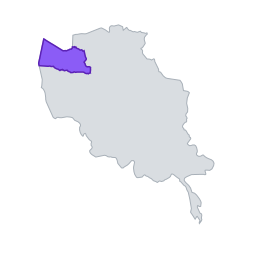 Afghanistan, with Nimroz highlighted, rotated 83°
{"feature_id": "AFG-1751", "entity_name": "Nimroz", "entity_type": "Province", "adm_level": 1, "iso_a3": "AFG", "parent_name": "Afghanistan", "parent_adm1": "", "projection": "natural_earth1", "projection_center": [62.416, 30.83], "detail": "fine", "context": "in_parent", "style": "filled", "palette": "violet", "viewbox_px": 256, "rotation_deg": 83, "n_neighbors": 0, "source": "natural_earth", "source_scale": "10m", "svg_char_len": 5985}
<svg xmlns="http://www.w3.org/2000/svg" viewBox="0 0 256 256"><g transform="rotate(83 128 128)"><path d="M110.7,66.8L115.8,66.3L119.3,66.9L121.1,68.7L122.9,69.2L124.6,68.3L125.7,68.2L126.1,68.7L127.0,68.9L128.3,68.9L129.1,69.3L129.3,70.4L130.3,71.8L132.1,73.4L133.7,73.8L135.8,72.5L136.5,72.7L136.8,72.3L137.0,71.3L138.2,70.5L140.5,69.6L141.8,68.9L142.2,68.3L143.0,68.1L143.9,68.3L144.5,68.1L144.9,67.3L145.7,67.0L146.4,67.1L149.6,70.1L150.8,71.0L151.4,70.8L153.0,69.2L153.1,67.7L152.7,65.8L152.9,64.2L153.9,63.0L155.8,62.3L158.6,62.0L160.3,62.2L161.0,62.8L161.9,63.2L162.9,63.2L163.9,62.5L164.8,61.1L164.8,59.3L163.9,57.1L164.1,56.4L165.5,55.4L167.0,53.7L168.3,51.7L169.7,49.1L171.3,47.6L173.4,46.9L175.8,47.6L178.8,49.6L180.0,52.0L179.4,54.9L179.3,56.5L179.9,56.8L183.2,56.3L183.7,56.7L183.7,57.5L183.2,58.7L182.8,62.2L182.0,70.6L183.5,75.7L184.5,77.7L185.5,78.3L186.5,78.6L187.5,78.4L189.5,77.1L192.4,74.7L195.3,73.2L199.6,72.4L200.9,69.8L202.9,68.1L207.3,65.6L209.7,64.7L211.1,64.5L214.6,65.4L214.8,66.2L214.6,67.0L213.7,67.7L213.4,68.2L213.8,68.6L215.2,68.8L221.1,67.0L222.3,65.5L223.6,65.4L226.2,66.1L228.1,65.9L229.1,66.5L231.5,68.8L230.8,68.9L229.7,68.5L229.1,67.7L226.8,68.7L224.1,70.1L224.2,70.5L226.7,72.5L221.8,74.8L219.6,76.0L219.0,76.1L215.7,74.9L206.3,75.3L199.2,76.0L196.5,77.1L193.9,77.6L192.6,78.3L191.7,79.5L187.9,82.1L187.2,83.1L185.0,83.0L182.8,85.5L179.6,88.6L178.9,90.0L179.5,90.8L181.3,91.9L182.1,92.9L183.4,95.9L184.0,98.0L184.8,98.9L185.2,101.3L184.5,102.8L184.5,103.5L185.6,105.4L185.4,105.9L184.6,106.8L183.4,109.2L181.1,111.0L180.1,112.6L178.5,114.3L177.9,115.8L177.2,116.6L176.5,117.0L176.7,117.8L177.4,118.8L178.4,119.9L178.5,124.4L177.9,125.6L175.0,126.9L172.2,127.4L168.7,127.4L167.4,127.2L162.6,125.6L161.1,126.4L160.8,128.4L163.6,131.5L164.8,133.3L166.1,136.3L167.1,137.8L166.8,139.3L161.9,142.4L158.7,142.7L156.7,143.3L155.8,144.1L155.2,147.4L154.5,148.6L154.5,150.1L153.9,151.8L152.9,152.8L152.2,154.6L152.9,163.5L150.1,167.0L148.5,168.3L147.0,168.9L145.7,168.7L144.1,166.6L143.0,165.9L141.9,166.0L140.7,166.7L138.9,166.5L137.4,165.8L136.6,165.9L136.2,166.6L134.5,168.1L130.5,170.4L128.9,170.6L128.1,171.2L128.4,172.1L129.2,172.9L130.5,173.4L130.5,174.1L128.5,175.3L126.4,176.0L124.0,176.3L121.4,175.9L120.1,174.9L118.6,174.8L117.2,175.5L115.8,176.8L113.9,179.9L111.0,181.8L110.2,183.8L109.4,187.3L109.7,192.4L109.4,194.7L108.8,196.2L108.9,197.4L109.9,198.7L109.5,199.6L108.7,200.6L107.9,201.1L92.0,206.0L89.4,206.2L88.1,206.0L83.6,206.0L81.7,206.3L79.8,207.0L78.4,207.8L77.3,209.1L75.5,208.4L69.5,207.2L53.4,208.8L51.9,208.5L29.4,200.7L43.3,183.3L43.6,181.8L43.7,178.9L42.8,175.1L41.5,173.4L29.2,171.4L28.7,168.4L28.9,167.1L28.7,164.5L28.7,162.6L29.3,159.3L29.3,157.9L25.5,143.4L25.5,142.0L27.8,138.6L30.7,135.4L30.6,134.8L29.1,134.4L26.9,134.4L25.7,133.9L24.8,133.0L24.5,131.7L25.1,129.4L24.5,124.8L26.8,121.0L30.4,120.8L28.6,118.0L28.2,117.7L28.0,117.3L28.2,116.8L29.1,116.6L31.3,114.8L31.4,113.8L33.2,111.2L33.0,110.0L34.2,107.0L33.6,104.9L33.5,103.8L34.8,103.1L35.6,100.2L36.1,99.5L36.1,98.7L35.9,97.6L37.1,97.4L38.2,98.9L39.9,100.5L41.0,100.9L42.5,101.1L45.6,100.6L46.3,100.7L49.6,103.5L50.2,104.2L50.4,105.3L51.0,105.6L52.1,104.5L53.2,104.1L55.3,104.5L56.5,104.1L61.8,100.7L62.2,98.5L62.7,97.2L63.4,96.5L62.5,94.0L62.8,93.5L63.5,93.3L65.3,93.3L73.4,90.5L75.5,90.6L76.0,90.3L76.1,89.6L76.7,88.8L80.5,86.7L82.7,84.7L83.5,83.1L87.0,70.6L88.9,69.5L90.9,68.7L97.6,68.4L98.8,64.6L99.4,63.7L100.5,62.8L105.5,65.5L110.7,66.8Z" fill="#d9dde1" stroke="#a8b0b8" stroke-width="1"/><path d="M29.4,200.7L30.2,199.6L31.4,198.3L33.7,195.4L34.9,193.9L35.7,192.8L37.3,190.8L38.5,189.3L40.2,187.2L42.1,184.8L43.3,183.3L43.5,183.0L43.5,182.9L43.5,182.5L43.5,182.4L43.6,181.1L43.5,180.9L43.8,180.4L43.9,180.0L43.9,179.6L43.8,179.3L43.6,178.7L43.4,178.1L43.3,177.9L43.3,177.4L43.2,177.0L42.8,176.3L42.7,176.0L42.7,175.6L42.8,174.8L42.7,174.5L42.1,173.8L41.8,173.6L41.5,173.4L40.7,173.3L40.7,173.1L40.9,172.8L41.0,172.6L40.9,172.4L40.9,172.2L41.0,172.0L41.0,171.9L40.9,171.8L40.9,171.7L40.7,171.2L40.8,171.0L41.0,171.1L41.1,171.3L41.4,171.2L41.6,171.0L41.7,170.8L41.7,170.7L41.6,170.4L41.4,170.0L41.4,169.8L41.5,169.6L42.1,169.5L42.3,169.5L42.4,169.4L42.9,168.7L43.5,167.4L43.9,167.0L44.1,166.8L44.6,166.3L44.8,166.0L44.9,165.8L44.9,165.7L44.8,165.2L44.7,164.8L44.7,164.7L44.8,164.4L45.0,164.1L46.0,163.6L46.2,163.4L46.2,163.2L46.1,162.7L46.1,162.4L46.0,162.2L52.2,161.6L53.8,161.0L54.0,161.0L54.3,161.0L54.8,161.1L55.0,161.2L55.1,161.3L55.9,162.1L57.0,163.4L57.1,163.5L57.3,163.6L57.6,163.4L59.1,162.8L59.2,162.7L60.0,162.7L60.8,162.5L61.0,162.4L61.6,162.0L61.8,161.7L62.0,161.5L62.2,161.3L62.3,161.1L62.3,160.9L62.3,160.7L62.4,159.4L62.4,159.1L62.6,158.7L62.8,158.3L63.1,158.0L63.2,157.9L63.4,157.8L63.5,157.8L64.2,158.0L65.7,158.1L68.5,158.8L68.8,158.7L68.9,159.4L68.9,159.6L68.9,159.8L69.0,160.0L69.1,160.3L69.1,160.5L69.4,160.8L69.3,161.0L69.1,161.3L68.9,161.6L68.9,161.8L69.0,162.2L69.0,162.4L68.9,162.7L68.4,163.8L68.1,164.1L68.0,164.3L67.4,164.8L67.0,165.8L66.3,171.6L66.3,173.5L66.1,173.9L65.8,174.3L65.7,174.6L65.9,175.2L66.1,175.5L66.2,175.8L66.2,176.0L66.1,177.5L66.1,178.0L65.9,178.3L65.5,178.5L65.4,178.6L64.7,180.0L64.5,180.3L64.4,180.5L64.1,180.7L64.0,180.9L63.4,181.2L63.2,181.4L63.2,182.0L63.3,183.3L63.4,184.1L63.4,184.3L63.2,184.5L62.8,184.8L62.7,185.0L62.2,185.6L62.0,185.8L61.9,185.9L61.9,186.1L62.0,186.3L62.4,186.5L62.0,187.2L62.0,187.5L62.2,187.8L62.4,188.1L62.5,188.2L62.5,188.4L62.6,188.5L62.5,188.9L62.2,189.1L61.5,189.7L61.3,190.0L61.1,190.3L60.9,190.9L60.6,191.6L59.9,192.6L59.5,193.2L58.9,193.8L58.4,194.1L58.1,194.2L57.9,194.3L57.7,194.5L57.7,195.6L57.6,196.8L57.5,197.1L57.4,197.3L57.0,197.9L57.0,198.0L57.0,199.0L57.0,199.8L55.3,208.6L53.4,208.8L51.9,208.5L50.5,208.0L49.3,207.6L48.1,207.1L46.8,206.7L45.6,206.3L44.4,205.9L43.2,205.5L41.9,205.1L40.7,204.6L39.5,204.2L38.3,203.8L37.0,203.4L35.8,203.0L34.6,202.5L33.4,202.1L32.1,201.7L30.9,201.3L29.9,200.9L29.4,200.7Z" fill="#8b5cf6" stroke="#5b21b6" stroke-width="1.5"/></g></svg>